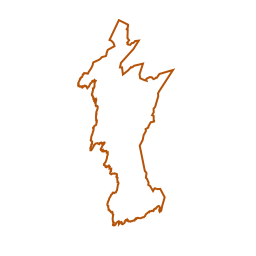 the district of Jondal nor, Hordaland, Norway, rotated 294°
{"feature_id": "86288312B59600167870114", "entity_name": "Jondal nor", "entity_type": "district", "adm_level": 2, "iso_a3": "NOR", "parent_name": "Norway", "parent_adm1": "Hordaland", "projection": "equal_earth", "projection_center": [6.252, 60.244], "detail": "fine", "context": "isolated", "style": "outline", "palette": "amber", "viewbox_px": 256, "rotation_deg": 294, "n_neighbors": 0, "source": "geoboundaries", "source_scale": "gbopen_adm2", "svg_char_len": 5637}
<svg xmlns="http://www.w3.org/2000/svg" viewBox="0 0 256 256"><g transform="rotate(294 128 128)"><path d="M160.4,65.6L159.3,65.6L158.7,65.4L158.8,65.1L158.6,65.0L156.1,65.3L155.2,64.9L155.0,64.5L153.7,64.5L153.7,64.2L153.2,64.1L152.1,64.4L149.5,64.2L149.0,64.4L147.8,64.3L148.3,64.5L148.1,64.6L148.1,64.9L147.1,65.0L147.2,65.4L146.4,65.7L146.6,65.9L146.3,66.1L146.2,67.2L146.7,67.5L147.0,68.0L146.9,68.2L147.0,68.5L146.5,68.9L147.5,69.5L146.9,70.1L147.6,70.3L147.8,70.7L148.5,70.7L149.2,71.2L149.3,71.6L149.3,71.9L149.0,72.0L149.0,72.6L149.2,72.9L149.1,73.2L148.4,73.6L147.9,74.5L148.4,74.5L148.5,74.9L149.3,75.2L150.8,75.5L153.2,75.5L154.8,76.3L156.6,76.3L157.1,77.2L156.9,77.4L157.2,77.5L157.1,77.8L157.3,78.2L158.0,78.1L157.9,78.3L158.1,78.6L158.1,79.3L157.3,79.3L156.6,79.0L154.6,79.5L152.1,80.6L151.5,80.4L151.1,80.6L149.8,80.5L149.6,80.4L149.6,80.0L148.3,80.7L146.6,80.8L146.0,81.2L145.1,81.1L144.2,81.2L143.3,81.8L143.3,82.0L143.6,82.0L143.5,82.3L142.7,82.6L142.2,83.1L142.2,83.5L140.8,84.4L141.3,84.6L140.9,85.3L140.8,85.6L141.1,85.9L141.0,86.3L140.0,85.7L139.4,85.9L139.5,86.0L139.5,86.3L139.8,86.4L139.6,86.5L140.8,86.6L140.5,86.7L140.6,86.9L141.3,86.7L141.5,86.8L140.9,87.2L140.7,87.0L139.3,87.4L139.1,87.6L139.5,87.8L137.6,88.2L136.6,88.9L135.3,89.3L134.9,90.0L135.6,91.0L135.3,91.6L133.4,92.3L129.6,92.6L128.3,93.2L127.8,93.2L127.6,93.5L127.0,93.5L126.8,93.6L127.0,93.7L124.6,94.4L123.3,95.3L122.4,95.5L122.4,96.0L121.7,96.3L122.0,96.6L121.7,96.8L117.9,97.6L116.2,96.5L113.8,96.0L113.6,96.2L114.5,96.4L114.4,96.6L113.6,96.8L113.6,96.7L113.4,96.6L113.5,96.7L113.0,96.8L112.0,97.4L110.0,97.5L108.3,97.9L105.9,97.9L104.2,98.3L103.3,98.7L101.7,98.8L101.3,99.2L101.5,99.8L100.8,101.0L99.3,101.2L98.9,101.7L97.9,101.2L96.5,101.7L95.1,101.6L94.8,101.9L93.7,102.0L93.4,102.4L92.4,102.8L92.6,103.4L93.3,103.6L96.9,104.0L97.5,103.8L97.8,104.1L98.7,104.0L99.0,104.3L99.8,104.4L100.8,104.9L101.8,106.4L101.8,106.7L101.6,106.7L101.4,107.4L101.7,107.9L102.1,108.1L101.8,108.4L103.7,109.2L103.8,109.4L103.4,109.7L103.3,110.4L103.2,110.5L103.8,110.8L103.8,111.2L103.6,111.4L103.9,111.7L104.5,111.6L104.3,111.6L104.7,111.8L105.2,112.2L105.2,112.5L104.2,112.7L102.1,112.0L100.1,111.8L99.3,112.0L98.1,111.6L97.4,111.7L97.3,112.0L96.9,112.2L96.7,112.6L97.7,113.8L96.2,114.1L96.3,114.8L97.3,115.4L97.6,116.0L97.4,116.3L97.7,116.5L97.7,117.0L97.9,117.0L98.3,117.5L98.1,117.9L97.6,118.0L97.6,118.3L96.7,118.7L96.9,119.2L97.3,119.5L95.6,120.3L93.9,120.4L91.9,121.0L88.0,121.4L85.2,120.7L84.5,121.1L84.8,121.6L84.3,122.1L84.3,122.5L83.2,123.5L83.3,124.0L84.0,124.1L83.8,124.5L84.3,124.7L84.6,125.3L85.8,125.5L86.0,125.7L85.3,127.1L84.3,127.0L84.0,127.4L83.3,127.6L84.1,129.2L82.5,129.8L82.3,129.5L81.9,129.6L81.9,130.0L81.6,130.1L80.9,129.8L79.2,130.1L78.9,131.6L80.2,132.5L80.5,133.9L81.2,134.3L81.1,134.9L81.4,136.1L81.3,136.6L80.7,137.0L80.0,137.2L79.2,137.0L78.4,137.4L78.2,138.2L78.6,138.3L78.4,138.7L76.9,138.9L75.8,139.7L74.7,140.2L74.5,140.3L74.8,140.6L74.7,140.9L73.7,141.8L72.9,142.0L72.3,141.8L71.5,142.0L66.6,143.3L65.8,143.1L64.3,143.1L64.2,142.8L63.0,142.0L63.1,141.0L62.7,140.3L61.8,140.5L60.8,140.2L60.3,139.8L58.2,139.8L56.5,139.5L54.6,139.8L53.4,139.7L51.8,139.8L49.8,140.2L48.9,140.8L48.7,141.8L47.5,142.1L47.0,142.5L46.7,142.5L46.9,142.6L46.7,142.8L45.6,143.4L45.8,143.7L45.1,144.3L45.3,144.8L44.9,145.1L44.9,145.4L44.3,146.4L44.6,146.6L45.0,147.7L44.6,148.2L43.7,148.4L43.7,148.7L42.9,149.2L42.8,149.8L41.3,150.1L38.3,151.1L36.3,152.4L36.4,152.8L35.9,153.1L34.4,153.5L34.5,153.6L33.8,153.5L33.2,153.7L33.2,154.6L33.8,154.7L33.8,155.4L34.7,155.9L35.9,156.0L37.8,156.5L39.1,157.5L38.8,157.9L36.6,158.8L38.4,159.3L39.5,160.1L39.4,160.5L37.8,161.4L37.9,162.2L39.6,163.3L40.5,163.4L41.5,163.0L43.1,163.5L43.2,164.2L43.6,164.3L43.3,164.5L43.9,164.9L43.9,165.3L42.9,165.9L42.8,166.4L43.3,167.1L43.4,168.2L44.2,168.7L44.5,169.6L45.1,169.9L46.0,171.1L47.3,171.5L47.6,171.6L47.3,171.8L47.9,171.9L47.8,172.1L48.1,172.6L49.3,172.7L49.8,173.2L49.8,173.7L50.1,174.1L50.3,175.3L51.0,176.6L52.1,177.4L52.9,178.7L54.5,179.4L56.4,179.4L59.4,180.9L59.7,181.1L59.7,181.4L60.1,181.3L60.9,181.8L61.2,182.8L61.9,183.2L62.0,183.6L62.5,184.2L62.3,184.8L62.5,185.0L62.8,185.1L63.0,184.8L63.4,184.9L63.2,184.9L63.4,184.8L64.4,184.9L65.0,185.3L64.7,185.5L65.0,185.4L65.5,185.8L65.5,186.2L68.1,186.8L69.0,187.5L69.3,187.9L69.2,188.3L68.5,189.3L67.1,189.8L65.6,189.9L64.8,190.5L64.9,191.0L64.5,191.2L65.6,191.9L66.4,191.9L70.3,191.0L79.6,189.7L85.5,182.2L84.4,180.4L83.9,178.2L83.9,177.1L83.2,176.7L80.6,176.5L84.0,171.7L84.3,169.6L86.5,169.0L89.4,165.9L89.8,164.6L94.2,163.3L95.3,161.8L95.4,161.0L116.6,145.9L122.9,146.3L127.8,145.2L132.5,145.6L134.1,144.5L136.7,146.4L137.8,146.0L142.4,146.4L144.6,149.2L145.3,148.9L145.6,148.3L149.5,146.5L149.5,144.8L152.8,145.1L156.1,143.5L158.3,144.2L169.4,142.7L171.7,141.4L174.1,141.5L199.3,145.5L190.2,134.8L187.7,134.2L185.8,134.0L185.3,133.4L185.3,133.1L184.6,132.9L183.0,131.4L184.0,129.1L183.3,127.1L180.4,124.8L179.2,125.2L178.7,125.7L178.4,123.4L178.4,118.9L181.7,116.7L192.9,115.5L187.3,108.2L185.5,107.4L184.6,106.5L184.8,106.0L180.7,104.7L174.8,101.6L180.9,97.9L180.1,96.0L184.7,95.1L202.2,100.8L212.2,102.3L210.3,99.1L208.7,98.7L207.6,98.0L207.0,96.8L204.9,96.3L204.3,94.2L204.4,93.4L206.2,93.0L206.1,92.7L208.7,93.3L209.8,91.0L217.8,87.7L218.1,87.5L217.6,86.8L217.7,86.6L219.3,86.9L221.1,86.7L221.3,86.2L222.4,86.0L222.8,75.8L200.9,75.3L201.0,77.1L199.9,80.0L197.3,82.4L191.1,77.7L187.5,78.0L186.3,78.5L184.7,78.5L182.1,75.3L180.0,74.6L178.2,73.5L173.8,69.6L171.0,70.1L167.8,70.1L162.7,69.2L161.4,69.3L161.0,68.3L161.1,67.5L160.6,66.8L160.4,65.6Z" fill="none" stroke="#b45309" stroke-width="2"/></g></svg>